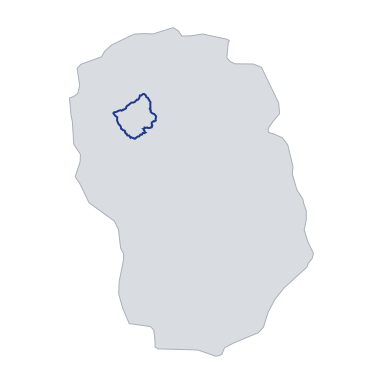 Demir Hisar, Demir Hisar, North Macedonia shown in context, rotated 88°
{"feature_id": "65306769B51033238442002", "entity_name": "Demir Hisar", "entity_type": "district", "adm_level": 2, "iso_a3": "MKD", "parent_name": "North Macedonia", "parent_adm1": "Demir Hisar", "projection": "robinson", "projection_center": [21.142, 41.259], "detail": "fine", "context": "in_parent", "style": "outline", "palette": "blue", "viewbox_px": 384, "rotation_deg": 88, "n_neighbors": 0, "source": "geoboundaries", "source_scale": "gbopen_adm2", "svg_char_len": 2319}
<svg xmlns="http://www.w3.org/2000/svg" viewBox="0 0 384 384"><g transform="rotate(88 192 192)"><path d="M170.7,90.3L177.8,91.1L193.4,87.1L203.0,81.5L208.0,80.6L214.5,78.5L224.0,78.8L233.6,81.2L245.7,78.0L257.6,72.8L262.4,74.1L267.6,78.5L271.1,79.8L291.0,103.3L302.0,112.8L314.8,120.1L329.5,125.3L334.8,130.4L344.3,155.5L348.9,165.0L355.1,167.8L356.6,170.5L356.9,174.1L350.1,191.7L347.6,231.2L345.8,234.3L338.5,234.2L328.8,235.0L325.1,238.0L321.3,259.3L305.7,265.3L291.4,268.8L279.4,268.0L258.3,263.0L251.4,262.4L245.5,265.3L226.7,266.8L218.5,270.5L199.1,295.3L179.5,303.9L172.8,308.2L157.7,302.7L150.5,302.2L140.1,308.5L117.3,309.1L111.2,310.2L93.6,311.2L92.8,307.8L89.6,302.8L81.4,300.5L64.6,302.5L60.6,298.8L53.7,277.7L48.3,274.4L42.3,267.3L32.2,244.4L32.0,234.4L32.7,225.6L27.1,205.1L30.6,199.9L35.8,196.6L35.9,188.4L34.5,175.8L40.7,151.2L42.4,149.4L44.0,150.6L59.0,152.5L62.9,149.4L65.4,144.5L66.2,126.5L69.8,118.2L106.0,102.3L116.7,101.7L124.8,109.0L131.3,113.7L135.2,113.5L136.6,108.8L141.0,99.8L148.4,94.6L170.4,90.2L170.7,90.3Z" fill="#d9dde1" stroke="#a8b0b8" stroke-width="1"/><path d="M100.6,249.2L100.6,249.6L103.1,252.6L103.3,253.5L105.0,254.9L106.1,255.0L106.7,256.1L107.6,257.9L107.4,258.3L108.3,259.4L107.8,260.7L108.3,262.7L109.1,264.1L109.8,267.4L110.6,267.8L113.2,266.0L114.6,264.1L117.9,264.4L122.0,262.8L122.4,262.0L124.3,260.8L126.0,260.8L126.5,260.5L126.8,259.6L127.7,259.0L128.3,257.1L129.6,256.6L130.3,256.8L131.4,255.9L131.5,255.3L133.2,254.7L133.4,252.8L135.6,251.6L135.1,251.0L136.7,247.6L136.4,247.1L136.6,246.8L136.2,246.3L136.7,246.2L135.9,246.1L134.7,244.4L134.6,242.8L132.9,241.7L133.0,240.2L131.3,239.2L131.6,237.8L131.0,236.5L130.6,237.1L129.5,237.2L128.6,238.0L127.6,237.8L127.3,238.2L127.2,237.6L125.9,237.2L126.3,236.0L126.0,234.2L126.6,233.5L126.6,232.6L126.0,230.1L125.3,229.7L124.8,230.0L124.1,229.3L122.4,230.0L121.2,229.8L119.8,227.8L120.1,227.1L119.3,225.7L117.9,225.9L115.6,225.2L114.8,225.4L112.7,227.1L112.0,229.0L110.4,230.5L109.3,230.3L108.9,230.7L107.8,230.6L107.4,231.3L107.0,231.3L106.2,230.6L102.2,230.6L100.9,230.3L99.0,231.6L98.3,231.6L97.7,232.3L96.4,232.7L95.6,234.3L94.0,234.7L92.4,236.3L92.3,237.4L93.8,239.4L93.7,240.7L95.7,241.2L97.4,242.2L98.0,243.0L97.8,243.9L100.0,246.0L100.5,247.3L100.6,249.2Z" fill="none" stroke="#1e3a8a" stroke-width="2"/></g></svg>